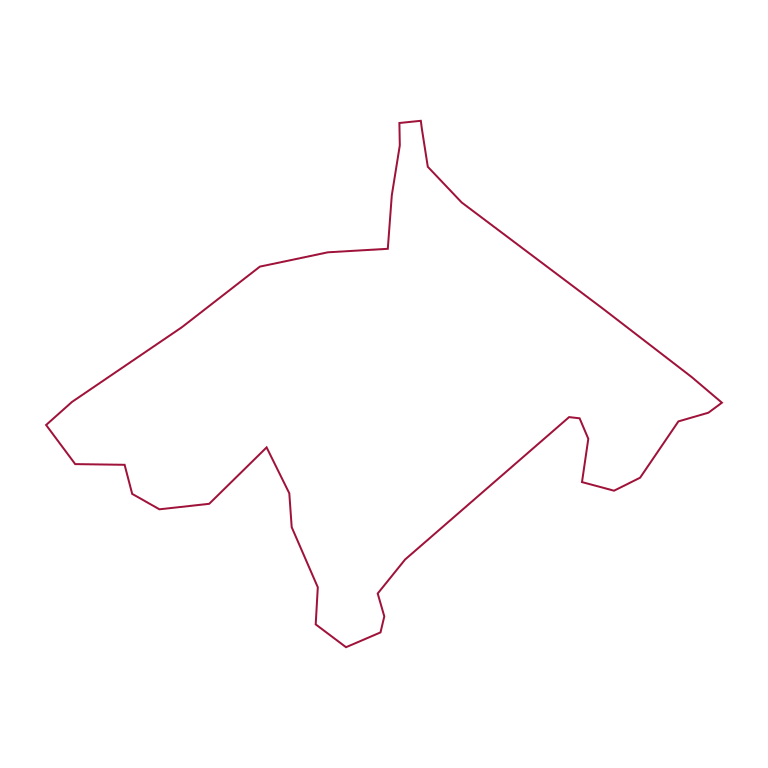 Midlothian, Mercator projection
{"feature_id": "GBR-2024", "entity_name": "Midlothian", "entity_type": "Unitary District", "adm_level": 1, "iso_a3": "GBR", "parent_name": "United Kingdom", "parent_adm1": "", "projection": "mercator", "projection_center": [-3.084, 55.83], "detail": "fine", "context": "isolated", "style": "outline", "palette": "rose", "viewbox_px": 768, "rotation_deg": 0, "n_neighbors": 0, "source": "natural_earth", "source_scale": "10m", "svg_char_len": 616}
<svg xmlns="http://www.w3.org/2000/svg" viewBox="0 0 768 768"><path d="M399.4,123.0L420.8,120.8L420.9,121.3L421.8,128.4L427.8,166.8L461.7,202.5L603.7,309.3L691.6,377.0L721.9,402.7L708.4,412.7L678.4,421.4L640.1,477.7L614.0,490.7L582.0,482.1L588.3,438.8L579.6,418.3L569.1,417.1L405.1,559.5L377.7,593.5L384.3,616.4L380.5,632.4L346.0,647.2L315.7,624.4L317.8,587.3L291.7,527.2L289.3,493.3L266.6,447.4L209.2,503.8L159.4,509.3L132.2,493.9L124.6,464.8L75.2,464.1L46.1,425.0L72.0,401.9L181.9,327.2L259.9,266.6L327.9,252.3L387.8,248.8L391.8,195.3L399.8,145.4L399.4,123.0Z" fill="none" stroke="#9f1239" stroke-width="2"/></svg>